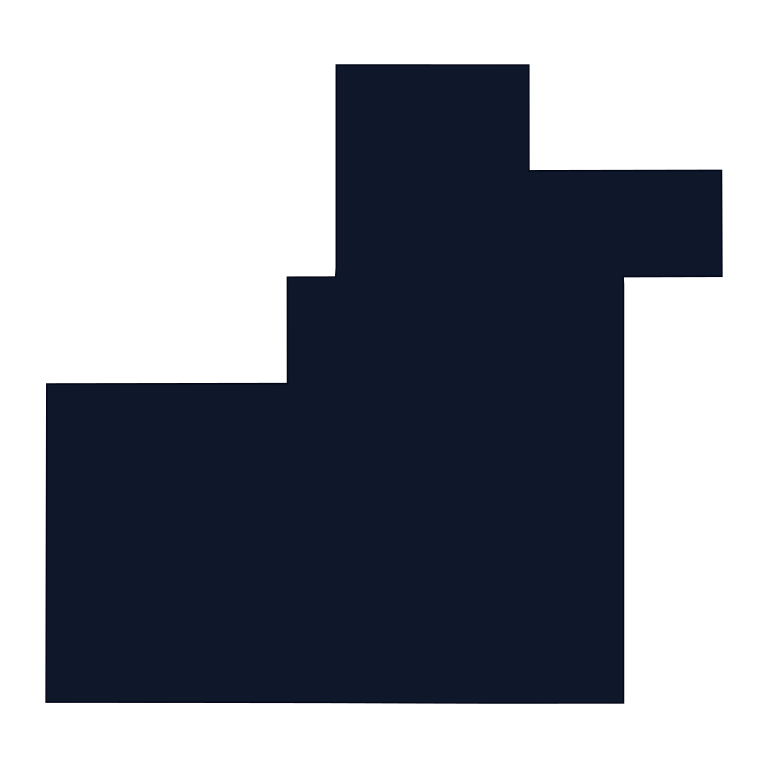 the district of Atoka, Oklahoma, United States of America
{"feature_id": "52423323B50121009977051", "entity_name": "Atoka", "entity_type": "district", "adm_level": 2, "iso_a3": "USA", "parent_name": "United States of America", "parent_adm1": "Oklahoma", "projection": "equal_earth", "projection_center": [-96.026, 34.419], "detail": "fine", "context": "isolated", "style": "filled", "palette": "ink", "viewbox_px": 768, "rotation_deg": 0, "n_neighbors": 0, "source": "geoboundaries", "source_scale": "gbopen_adm2", "svg_char_len": 355}
<svg xmlns="http://www.w3.org/2000/svg" viewBox="0 0 768 768"><path d="M46.1,702.1L192.2,702.2L326.5,702.4L428.5,702.8L495.2,703.0L623.5,702.9L623.5,284.5L623.1,276.6L721.9,276.3L721.5,170.4L528.9,170.8L528.8,65.1L336.3,65.0L336.3,267.6L335.7,277.1L287.4,277.2L287.5,383.6L46.8,384.0L46.1,702.1Z" fill="#0f172a" stroke="#020617" stroke-width="1.5"/></svg>